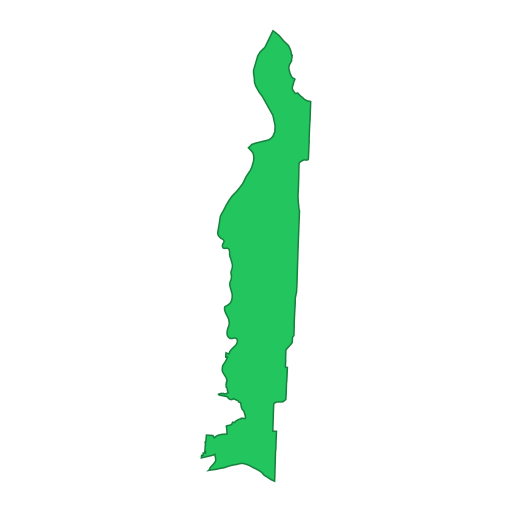 outline of Marasu, Braila, Romania
{"feature_id": "2599482B39653886618444", "entity_name": "Marasu", "entity_type": "district", "adm_level": 2, "iso_a3": "ROU", "parent_name": "Romania", "parent_adm1": "Braila", "projection": "equal_earth", "projection_center": [27.963, 45.023], "detail": "fine", "context": "isolated", "style": "filled", "palette": "green", "viewbox_px": 512, "rotation_deg": 0, "n_neighbors": 0, "source": "geoboundaries", "source_scale": "gbopen_adm2", "svg_char_len": 5888}
<svg xmlns="http://www.w3.org/2000/svg" viewBox="0 0 512 512"><path d="M208.6,470.4L211.7,469.9L213.5,469.7L216.4,469.3L219.5,468.5L224.0,467.8L228.3,466.3L229.8,465.8L234.3,464.8L235.2,464.8L238.7,463.9L240.5,463.6L241.5,463.4L243.2,463.5L246.0,464.2L249.4,465.5L253.4,467.7L255.4,468.6L258.9,470.5L260.6,471.6L261.6,472.4L262.4,473.1L263.1,474.0L263.7,474.8L265.0,475.8L266.5,476.6L270.8,479.5L274.6,481.3L274.8,477.0L275.5,451.9L275.9,448.2L276.0,442.2L276.5,431.3L272.8,431.1L273.6,407.0L273.7,405.2L273.8,403.7L274.0,403.4L276.2,402.2L276.6,402.0L282.6,401.9L283.0,401.7L285.1,400.2L285.9,399.2L286.3,390.3L286.5,383.5L286.8,380.4L287.1,374.4L287.4,367.6L287.4,367.4L285.7,367.3L285.5,367.2L285.4,367.0L285.7,359.8L285.6,358.7L285.9,350.5L285.9,349.8L286.3,349.4L291.2,344.0L292.1,342.6L292.3,342.3L292.3,341.8L292.5,337.3L292.7,337.0L293.9,335.6L294.2,326.5L294.2,324.9L294.3,320.8L294.7,312.1L295.2,303.7L295.2,298.9L295.5,296.9L296.5,292.1L296.7,290.7L296.6,289.6L296.8,287.7L296.9,285.9L298.0,250.0L299.5,211.0L299.4,210.5L299.0,209.1L298.9,207.9L298.3,201.9L298.0,197.0L298.1,192.9L298.3,190.7L298.5,184.8L298.8,174.8L298.9,169.0L299.0,164.6L299.2,163.1L299.2,162.9L300.2,162.0L301.0,161.4L302.5,160.5L304.3,159.9L305.0,159.9L306.5,160.1L307.5,159.9L308.0,159.7L308.2,159.4L308.4,158.8L308.6,153.6L309.2,140.1L309.1,138.9L309.8,122.5L310.0,121.3L310.7,101.6L310.2,101.3L308.3,101.1L307.6,100.9L306.3,100.4L305.0,99.7L303.8,98.8L302.6,97.6L300.2,95.7L299.4,94.9L298.0,93.2L297.8,93.1L297.5,93.0L296.1,93.4L295.6,93.4L295.2,93.2L294.6,92.6L293.9,91.6L292.6,89.5L292.4,88.8L292.3,87.8L292.4,86.9L292.7,85.8L293.2,84.7L293.4,83.5L293.8,82.0L294.8,79.7L294.9,79.2L294.6,78.8L293.2,78.2L292.4,77.7L291.8,77.0L291.5,76.4L290.1,73.6L290.0,73.2L289.2,70.0L288.8,68.1L288.9,66.6L289.2,65.6L289.9,63.9L291.6,60.9L291.7,60.6L291.6,60.3L291.5,59.9L291.4,59.5L292.0,57.6L292.1,57.1L292.0,56.2L292.2,55.1L291.5,54.9L291.2,52.5L290.8,50.9L289.8,48.2L288.4,45.4L284.2,41.5L280.7,37.4L279.1,35.6L276.4,33.3L273.0,30.7L264.9,47.3L260.3,51.7L257.7,56.0L253.5,70.5L253.6,73.7L254.3,78.1L254.5,82.4L255.8,86.2L259.2,92.3L262.4,96.5L272.9,115.4L275.1,125.7L274.8,131.8L272.8,136.5L270.3,139.0L267.9,140.1L255.9,143.0L251.8,144.4L250.1,146.2L248.4,147.8L251.7,151.3L252.6,152.5L253.2,153.7L253.7,156.0L253.8,157.9L253.7,159.5L253.5,161.1L252.9,163.4L251.7,167.4L251.4,168.0L250.9,169.0L250.5,170.1L248.8,172.6L246.4,176.2L244.9,179.1L243.7,181.7L242.3,184.2L240.4,186.8L236.6,191.4L234.5,193.6L232.2,195.9L229.1,200.2L226.5,204.6L223.2,211.1L221.5,213.8L221.0,215.1L220.5,216.0L220.3,216.6L219.9,219.2L219.5,222.1L217.8,232.0L217.7,233.3L217.8,234.0L218.0,234.6L218.3,235.4L218.6,235.8L220.0,237.5L220.8,238.2L221.4,238.6L222.4,239.0L223.1,239.5L223.6,240.0L223.8,240.5L224.0,241.5L223.9,242.1L223.7,242.5L222.9,243.7L222.8,244.0L222.5,245.2L222.4,246.1L222.5,246.9L222.6,247.1L223.1,247.8L223.3,248.1L224.3,248.4L225.1,248.4L225.8,248.2L226.6,248.2L227.4,248.2L228.8,249.0L229.0,249.3L229.6,251.6L229.6,254.5L229.8,256.3L230.6,258.2L231.1,259.9L231.5,261.5L231.9,262.7L232.4,264.9L232.4,265.6L232.2,268.2L232.0,268.9L231.7,269.6L231.2,271.2L231.1,271.6L231.0,272.2L230.9,272.8L231.0,273.4L231.1,274.2L231.3,274.9L231.3,275.6L231.5,276.1L231.4,277.6L231.2,278.9L231.0,279.7L230.8,280.4L230.6,280.7L230.2,281.5L230.0,282.5L229.8,283.7L229.8,285.0L230.0,286.0L230.2,287.1L232.1,293.9L232.2,294.7L232.2,296.6L232.0,298.7L231.6,300.3L231.2,301.4L230.1,303.1L229.9,303.4L229.0,304.1L227.7,305.1L224.9,306.7L224.8,306.8L224.5,308.2L224.5,309.1L224.6,309.8L225.1,311.7L226.0,313.8L228.0,317.6L228.5,318.9L228.9,320.5L229.1,322.1L229.2,322.8L229.1,324.7L228.8,325.8L228.5,326.8L227.9,327.9L227.8,328.4L227.2,330.7L227.1,332.0L227.0,332.9L227.1,334.5L227.4,335.4L227.8,336.4L228.7,337.4L229.5,338.1L230.1,338.4L231.9,338.6L232.5,338.5L233.1,338.3L234.3,338.0L234.8,338.0L235.4,338.1L236.1,338.4L236.8,339.0L237.0,339.4L237.3,340.1L237.4,340.9L237.3,341.9L237.0,342.9L236.4,344.2L235.7,345.3L234.2,346.7L232.4,348.4L230.5,350.5L230.0,351.3L229.7,351.9L229.2,353.4L229.0,353.9L226.8,353.2L226.0,352.8L225.7,356.8L225.8,357.3L227.5,357.1L226.7,359.0L226.0,360.4L225.2,361.9L223.3,364.7L222.6,366.1L222.5,366.8L222.3,368.1L222.2,370.1L222.3,370.7L222.5,371.5L223.0,372.6L223.4,373.3L224.4,374.9L225.1,375.8L225.1,376.1L226.0,377.4L226.5,378.4L226.7,379.2L226.8,379.4L226.6,379.5L226.8,379.9L226.9,380.1L226.9,381.4L226.9,381.5L227.0,381.6L226.8,381.8L226.5,381.9L226.4,382.1L226.3,382.6L226.4,383.6L226.1,383.8L226.0,384.3L226.1,384.7L226.2,385.6L226.1,385.8L226.3,387.4L226.7,387.5L226.9,387.7L227.2,388.8L227.4,390.5L228.2,392.8L225.0,394.0L223.2,393.4L222.8,393.5L222.2,393.4L221.6,393.4L220.8,393.5L218.5,394.2L218.5,394.5L219.3,394.8L219.3,395.1L227.1,396.6L227.6,397.3L228.7,398.5L229.6,399.2L230.2,399.5L231.6,399.6L232.4,399.4L232.8,399.2L233.5,398.6L234.3,399.1L237.8,400.6L239.1,402.3L240.2,402.5L240.6,403.0L240.9,404.3L241.2,406.6L242.1,409.2L243.7,411.1L244.2,412.2L244.9,414.8L245.2,414.8L245.3,416.1L245.4,417.0L245.6,417.3L245.4,418.1L245.3,418.4L245.1,418.5L244.4,418.6L244.4,418.4L241.3,418.2L241.3,418.7L238.5,419.5L236.1,420.9L235.1,421.7L234.5,422.5L234.4,422.6L233.6,422.4L232.7,422.2L231.6,424.3L231.6,424.6L228.9,425.4L227.0,425.7L226.7,425.8L226.5,426.0L226.3,426.6L226.5,426.7L226.6,428.6L226.9,430.8L226.9,432.1L226.9,432.6L227.2,433.7L227.0,433.8L226.9,434.1L223.0,434.2L221.9,434.4L219.0,435.0L217.9,435.3L216.0,436.3L214.3,437.8L213.7,436.8L213.2,435.9L212.9,435.5L212.1,435.5L211.5,435.3L210.1,435.4L209.8,435.3L206.4,435.1L205.8,442.0L205.1,442.1L205.6,445.1L205.3,445.2L204.8,451.5L205.6,451.5L205.5,453.1L203.2,453.0L203.0,455.3L201.6,455.3L201.3,457.9L212.6,455.3L213.3,455.0L214.9,454.4L215.0,455.9L215.5,457.6L215.7,459.9L215.6,460.9L215.1,461.9L213.6,463.9L211.6,466.1L210.6,467.1L210.2,467.7L209.3,469.8L208.6,470.4Z" fill="#22c55e" stroke="#15803d" stroke-width="1.5"/></svg>